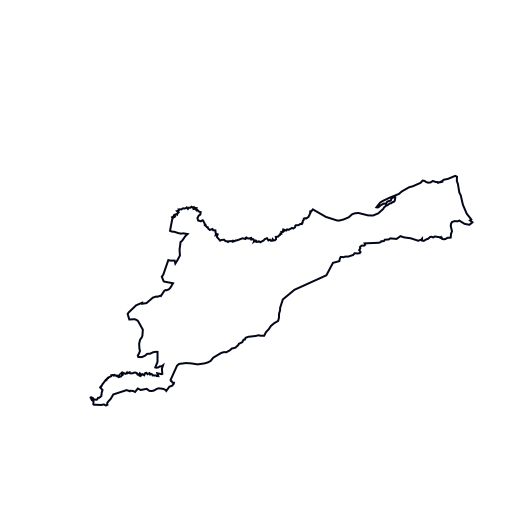 Santa Catalina, Bolívar, Colombia, rotated 61°
{"feature_id": "7082276B95820075707853", "entity_name": "Santa Catalina", "entity_type": "district", "adm_level": 2, "iso_a3": "COL", "parent_name": "Colombia", "parent_adm1": "Bolívar", "projection": "natural_earth1", "projection_center": [-75.268, 10.653], "detail": "fine", "context": "isolated", "style": "outline", "palette": "ink", "viewbox_px": 512, "rotation_deg": 61, "n_neighbors": 0, "source": "geoboundaries", "source_scale": "gbopen_adm2", "svg_char_len": 6107}
<svg xmlns="http://www.w3.org/2000/svg" viewBox="0 0 512 512"><g transform="rotate(61 256 256)"><path d="M307.0,203.8L299.3,192.0L300.9,185.6L298.7,183.7L297.9,182.3L299.5,180.0L299.7,178.5L301.3,175.4L302.2,170.5L301.4,168.4L303.0,166.0L303.8,163.9L303.1,162.6L300.8,162.9L300.0,161.2L298.6,160.7L298.1,158.6L299.4,156.4L299.1,155.1L297.6,154.9L304.0,142.1L304.3,140.2L303.8,139.2L305.0,137.0L304.2,135.5L305.9,131.8L305.7,130.0L309.2,124.8L308.7,120.0L311.5,117.5L315.5,112.1L321.3,106.7L321.8,103.5L321.4,102.4L323.0,103.3L324.1,101.9L324.0,98.6L324.4,97.4L323.8,94.5L324.3,93.1L325.7,92.0L325.6,90.2L328.5,86.4L329.1,86.1L329.1,85.3L329.7,85.6L330.0,84.7L331.3,84.9L332.4,83.7L333.0,82.0L332.9,79.8L334.3,76.8L331.1,74.6L329.4,72.6L324.1,71.1L322.4,69.8L321.3,68.2L321.8,65.3L323.4,62.9L323.6,61.0L329.0,58.0L332.1,54.3L331.7,51.2L331.2,51.0L331.2,50.4L328.6,51.6L328.4,50.0L321.2,51.2L311.5,50.2L302.1,47.5L299.1,47.4L290.9,44.5L287.8,44.0L284.1,41.8L282.5,42.9L281.6,50.8L280.3,54.9L280.7,56.7L281.4,57.0L281.0,58.5L280.6,58.4L280.3,61.2L279.7,61.0L278.2,63.1L276.1,65.0L276.3,67.6L275.3,70.0L273.4,71.6L272.1,72.1L270.8,73.7L271.8,76.6L271.0,85.3L270.1,88.6L270.2,97.1L271.0,100.9L269.8,110.9L269.3,118.8L269.5,121.6L271.8,127.0L272.6,126.0L272.6,124.2L272.1,122.7L272.1,118.7L273.4,117.2L272.2,115.2L272.2,113.6L272.7,112.3L272.6,110.8L271.3,109.6L271.3,106.2L272.2,105.7L274.9,107.8L275.5,109.6L275.0,110.6L275.4,112.0L274.9,113.4L275.3,117.0L275.1,118.1L275.6,120.4L276.5,121.9L278.0,128.4L277.3,134.1L274.8,138.3L268.0,145.6L266.6,148.8L266.1,151.6L267.1,156.1L266.5,161.7L265.4,165.9L264.3,167.8L255.7,175.9L242.8,183.7L243.9,186.4L243.3,186.8L243.7,187.2L244.1,186.8L247.3,191.2L247.5,194.2L246.7,194.7L246.5,196.1L247.7,197.0L248.0,198.1L249.5,199.1L249.5,200.5L249.7,199.8L250.3,200.4L249.5,201.6L249.6,204.0L248.4,206.3L248.6,207.0L249.7,207.8L250.0,209.3L250.0,210.1L248.9,211.0L248.9,214.7L247.8,215.9L248.4,217.1L246.0,219.3L247.0,220.2L247.8,219.8L248.0,221.0L247.2,222.2L248.9,223.1L248.3,223.9L249.2,224.7L249.2,226.1L249.8,227.1L248.9,229.4L251.0,230.3L251.4,231.7L250.9,233.2L249.4,233.3L250.4,234.6L250.0,235.5L248.5,235.9L248.4,237.6L245.8,237.7L245.5,240.0L246.1,241.8L246.1,245.4L245.2,245.8L245.1,246.5L244.5,246.6L244.1,248.6L243.6,249.0L243.3,248.4L242.3,248.7L242.5,250.9L241.8,250.1L240.1,250.2L239.4,251.9L238.9,251.5L238.5,252.2L237.8,251.7L237.2,253.9L236.2,255.1L235.2,255.3L235.1,256.0L235.7,256.2L236.0,257.0L234.0,259.2L233.1,265.2L232.5,266.2L232.7,267.5L231.5,268.7L232.2,269.5L231.1,270.2L230.1,272.2L230.2,273.7L229.8,273.9L229.6,273.4L228.2,275.5L226.3,276.0L225.2,278.6L225.2,279.9L220.6,280.9L219.7,280.5L218.8,279.4L218.3,281.1L217.4,279.9L217.0,280.4L213.9,279.1L212.7,281.0L211.3,281.0L210.8,283.8L208.7,284.5L207.3,284.3L207.0,284.9L205.1,285.4L204.4,285.1L204.1,285.8L203.0,285.2L199.2,285.1L198.8,285.5L198.9,287.4L196.9,289.4L194.4,288.8L192.9,286.5L192.8,284.7L190.9,283.1L189.1,284.6L187.5,284.9L187.4,285.7L186.8,285.5L186.1,286.2L185.4,286.0L185.7,285.3L185.3,284.8L184.6,285.7L184.9,287.0L184.6,287.9L184.2,287.8L183.7,286.6L183.1,286.6L182.5,288.1L181.6,288.6L182.0,289.8L181.2,291.4L181.8,292.7L180.0,293.0L180.2,293.6L179.8,295.6L178.9,296.7L179.1,298.5L177.7,301.1L178.8,301.5L178.4,303.3L180.4,302.7L180.7,304.1L181.6,305.0L180.8,305.5L180.4,307.4L180.6,307.9L182.0,307.5L182.4,308.3L182.3,308.9L181.4,309.4L181.4,310.7L182.8,310.7L183.3,311.5L192.3,319.0L193.9,317.7L195.4,315.5L198.3,312.9L200.1,310.7L201.0,308.5L203.6,305.2L204.5,308.5L206.9,313.3L207.2,315.2L213.4,319.8L218.7,322.3L221.3,326.3L223.5,330.2L220.6,329.4L218.6,333.0L217.1,334.7L227.5,346.3L228.4,348.4L233.0,349.0L233.9,348.7L239.6,341.8L242.2,346.2L242.9,348.3L242.6,350.9L241.9,351.8L242.0,353.1L244.9,358.6L244.4,358.8L243.8,362.2L243.2,362.6L242.4,366.3L244.1,374.6L242.6,378.7L241.7,378.2L241.0,384.7L243.6,394.7L244.5,396.4L250.1,397.6L252.5,392.7L254.3,391.3L255.8,390.7L265.6,390.7L270.5,393.9L271.7,395.2L273.0,397.9L276.0,400.7L280.8,403.0L282.8,403.5L285.0,406.2L285.7,407.6L287.3,407.9L289.1,404.8L289.4,401.2L288.8,398.7L290.1,396.0L290.3,392.7L291.0,390.5L292.1,388.6L300.9,393.5L304.6,398.1L305.5,397.2L306.1,395.2L305.9,393.9L306.7,391.9L306.5,390.3L308.9,392.9L313.7,395.1L313.6,395.9L310.7,399.2L313.7,399.7L312.9,401.0L311.9,401.6L310.3,404.3L309.5,404.1L308.2,405.0L308.3,406.1L306.8,406.0L306.8,408.2L305.0,408.5L304.7,409.6L306.1,411.6L304.4,412.4L304.9,414.9L304.1,414.9L303.4,414.0L302.3,414.5L303.7,416.1L302.1,416.6L303.0,417.0L300.7,417.2L299.4,418.1L298.9,419.2L298.8,420.7L297.8,422.7L297.1,423.3L296.4,423.0L296.2,425.3L295.3,425.3L295.9,426.8L295.7,427.4L292.9,429.5L292.9,430.0L294.0,430.3L293.7,431.1L294.7,431.0L295.0,429.9L295.5,430.4L295.4,431.2L295.9,432.8L295.4,433.6L295.5,434.5L294.9,435.0L294.9,434.3L294.3,433.9L294.6,434.8L293.6,434.8L292.4,437.0L291.4,437.3L291.3,437.7L291.8,437.8L291.6,438.5L290.7,438.9L290.1,440.3L290.9,440.9L290.7,444.5L291.2,444.7L291.1,445.8L291.8,446.7L291.4,446.8L291.6,447.6L293.8,452.6L295.1,454.5L294.8,455.0L295.4,456.0L298.8,455.2L300.6,457.1L303.5,459.2L304.0,461.8L303.5,462.9L304.5,464.7L304.3,465.3L302.9,467.3L301.1,467.6L299.6,468.7L299.7,469.3L302.6,469.4L304.2,468.5L306.9,470.2L307.4,470.0L311.2,463.7L312.1,461.0L314.0,459.7L314.1,458.1L312.9,457.7L312.1,456.9L310.4,452.1L307.9,447.9L310.6,434.1L313.1,432.0L312.8,431.4L314.5,428.9L316.3,427.7L314.6,423.6L317.3,421.8L319.2,416.0L322.3,414.6L323.5,412.7L324.2,410.6L324.1,407.6L324.5,405.3L327.2,401.6L329.3,400.0L330.5,399.9L328.3,395.1L328.8,392.3L328.0,390.1L327.1,389.2L326.3,390.4L324.6,390.5L324.0,391.0L323.0,390.8L313.6,378.2L313.1,375.6L315.7,369.1L318.6,364.6L322.5,359.6L325.0,353.0L325.7,349.8L325.8,346.6L324.2,342.7L323.9,333.3L324.6,330.5L325.8,328.6L325.8,324.4L325.2,322.0L326.2,318.5L325.3,314.8L324.5,313.6L324.7,309.8L323.2,307.5L323.7,306.3L322.5,304.8L322.9,302.0L325.8,295.0L326.6,292.0L327.5,291.3L329.7,287.6L327.4,284.1L326.1,280.0L324.4,276.9L323.6,272.7L323.5,268.1L321.3,266.0L317.5,263.7L315.2,261.3L313.1,260.1L307.0,253.6L304.2,238.8L307.0,203.8Z" fill="none" stroke="#020617" stroke-width="2"/></g></svg>